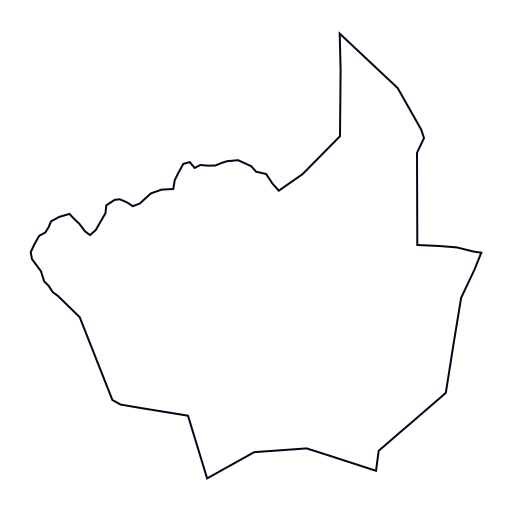 outline of Santo Antônio, Rio Grande do Norte, Brazil
{"feature_id": "56859067B19314553813620", "entity_name": "Santo Antônio", "entity_type": "district", "adm_level": 2, "iso_a3": "BRA", "parent_name": "Brazil", "parent_adm1": "Rio Grande do Norte", "projection": "equal_earth", "projection_center": [-35.537, -6.324], "detail": "fine", "context": "isolated", "style": "outline", "palette": "ink", "viewbox_px": 512, "rotation_deg": 0, "n_neighbors": 0, "source": "geoboundaries", "source_scale": "gbopen_adm2", "svg_char_len": 1051}
<svg xmlns="http://www.w3.org/2000/svg" viewBox="0 0 512 512"><path d="M397.7,88.1L339.7,33.6L340.6,70.0L340.0,136.2L302.7,174.0L278.8,190.7L272.5,183.6L266.1,174.0L256.1,171.7L251.2,166.2L238.1,160.2L227.0,161.2L221.2,163.1L215.4,165.5L208.1,165.7L200.5,165.0L194.6,167.9L189.7,162.1L183.3,163.9L178.2,173.2L174.7,180.3L173.3,189.0L161.7,189.6L150.9,193.4L139.8,203.5L132.8,206.2L127.0,202.4L119.9,199.3L114.8,199.8L106.3,205.3L105.5,213.1L100.1,222.4L95.8,230.0L90.0,235.1L84.9,231.2L79.2,223.6L73.9,218.7L69.5,213.9L59.2,216.9L51.1,221.3L48.6,227.2L45.3,232.5L39.2,235.8L34.3,244.5L30.7,252.2L32.0,259.1L41.0,271.3L44.2,281.4L48.6,285.8L52.8,292.2L58.0,296.0L79.7,317.2L112.4,400.0L120.7,404.6L142.5,408.3L188.0,415.7L207.1,478.4L225.9,467.9L254.1,452.2L259.2,451.8L306.6,448.4L318.6,452.2L376.0,470.8L378.7,450.8L399.8,432.5L412.0,422.1L445.8,392.9L453.9,341.8L461.1,297.9L474.4,269.8L481.3,252.7L473.3,251.5L456.7,247.4L439.2,246.0L417.3,245.0L417.0,152.8L424.0,138.1L421.2,129.6L397.7,88.1Z" fill="none" stroke="#020617" stroke-width="2"/></svg>